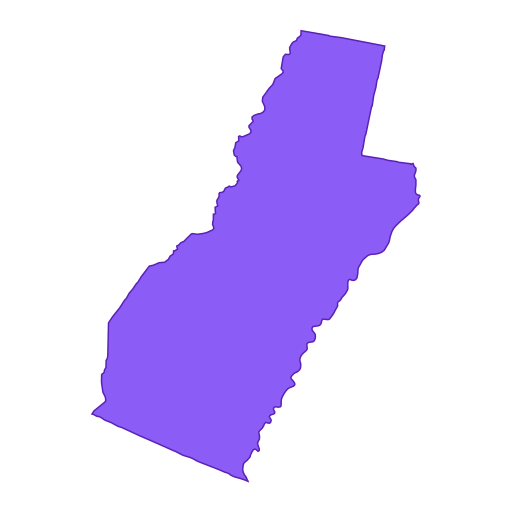 Nueva Concepción, Escuintla, Guatemala (Albers equal-area conic projection)
{"feature_id": "79465075B35747325654374", "entity_name": "Nueva Concepción", "entity_type": "district", "adm_level": 2, "iso_a3": "GTM", "parent_name": "Guatemala", "parent_adm1": "Escuintla", "projection": "albers", "projection_center": [-91.282, 14.129], "detail": "fine", "context": "isolated", "style": "filled", "palette": "violet", "viewbox_px": 512, "rotation_deg": 0, "n_neighbors": 0, "source": "geoboundaries", "source_scale": "gbopen_adm2", "svg_char_len": 6090}
<svg xmlns="http://www.w3.org/2000/svg" viewBox="0 0 512 512"><path d="M416.6,205.4L417.2,204.9L418.0,204.4L418.5,203.9L418.9,203.1L418.8,202.1L418.4,200.9L418.4,200.2L418.4,199.0L418.8,198.2L419.2,197.5L419.7,197.0L420.0,196.3L419.8,195.6L419.3,195.2L418.4,195.1L417.1,194.6L416.2,193.9L415.8,193.3L415.4,192.3L415.4,189.3L415.9,185.1L415.9,182.7L415.9,181.6L415.9,180.9L415.9,179.9L415.5,178.8L415.0,178.1L414.5,177.2L414.4,175.7L414.5,174.8L414.6,174.2L415.1,173.3L415.5,172.2L415.8,170.9L416.0,169.8L416.0,169.0L415.7,167.8L414.9,167.2L414.1,166.3L413.8,165.5L413.1,163.5L412.2,163.6L411.5,164.3L410.8,164.3L410.4,163.7L398.1,162.2L397.0,161.6L387.8,160.3L383.3,159.0L363.3,155.8L361.8,155.1L361.7,152.3L363.1,147.4L364.9,136.5L365.9,134.0L371.4,107.3L372.2,105.9L373.7,95.6L375.9,87.3L377.0,80.1L378.0,78.0L381.7,60.5L382.4,55.0L383.5,51.0L384.2,50.2L384.7,46.0L341.1,37.6L329.6,36.1L328.8,35.5L301.1,30.7L300.9,35.5L297.4,38.1L296.4,40.6L293.3,42.0L291.8,43.6L289.6,47.7L289.8,50.1L290.3,52.9L289.9,53.8L288.8,54.5L285.3,54.3L283.2,56.9L281.2,68.5L283.0,70.9L283.2,72.3L281.8,73.9L275.2,78.5L272.7,84.6L269.1,88.4L264.4,95.0L262.8,97.1L262.3,101.2L264.6,106.2L264.9,109.9L263.0,112.2L260.2,113.7L258.5,113.8L254.0,115.4L252.0,117.1L252.1,119.2L252.9,120.2L253.1,121.5L249.0,125.6L249.0,127.3L250.9,130.4L250.9,132.4L249.4,133.9L242.9,136.7L241.6,136.9L239.8,135.9L238.6,136.5L238.7,140.9L235.7,142.8L235.0,147.3L233.5,150.7L234.2,154.9L235.7,156.4L236.9,156.7L237.3,160.4L237.7,162.4L239.1,163.9L241.1,166.3L241.6,168.7L241.0,170.6L237.4,175.4L237.2,176.3L237.1,177.1L238.7,180.0L238.7,180.7L238.0,180.7L237.2,181.4L237.4,183.1L234.9,185.9L231.0,186.9L229.2,186.1L228.2,186.9L225.4,188.1L223.7,191.4L222.0,192.4L219.7,192.6L219.1,193.5L219.1,196.3L218.3,198.0L216.9,200.3L216.9,202.7L217.8,205.9L215.1,207.3L215.3,211.6L215.6,213.2L214.3,214.3L213.4,214.2L213.3,220.7L212.8,221.4L212.6,224.8L213.3,225.9L213.8,228.6L212.7,229.9L206.4,232.7L203.4,233.4L197.7,234.3L192.2,233.6L191.3,234.0L186.9,238.3L183.9,241.4L180.9,242.7L178.3,245.4L177.0,245.7L176.8,246.7L177.5,248.7L177.1,249.3L174.8,250.8L173.6,250.8L173.4,253.8L170.1,256.2L168.3,259.5L166.6,260.6L164.8,262.2L159.1,262.7L153.4,265.2L149.3,266.1L141.4,276.5L137.7,282.5L136.6,283.3L132.8,289.0L129.2,293.2L126.4,298.3L124.5,300.3L119.8,307.7L112.9,316.3L109.6,321.2L108.5,322.9L107.8,355.7L107.3,358.5L106.1,360.4L106.0,367.3L104.4,370.2L104.3,371.9L103.4,373.2L102.2,373.9L101.6,375.0L101.5,382.3L102.9,392.2L105.3,397.0L105.8,400.7L104.6,402.3L101.0,405.2L94.0,410.9L92.0,414.0L93.6,414.5L96.1,415.9L96.6,416.1L97.4,416.4L98.0,416.5L99.0,416.6L100.3,417.1L101.1,417.6L102.0,418.2L102.8,418.7L104.3,419.8L106.0,420.6L111.0,422.5L113.9,424.1L116.7,425.6L118.3,426.4L119.7,426.9L121.2,427.3L123.3,428.2L125.6,429.3L127.0,429.9L139.5,435.7L149.7,440.1L160.6,444.9L172.9,450.4L176.1,451.7L180.2,453.9L183.1,455.3L186.2,456.3L189.0,457.1L191.8,458.1L194.2,459.4L197.6,461.3L203.7,463.7L219.1,469.7L224.6,472.1L227.5,473.0L228.5,473.5L229.5,474.1L230.6,475.0L231.9,475.7L234.6,476.9L239.8,478.3L244.3,479.8L248.0,481.3L247.8,480.7L247.2,479.7L246.1,477.0L244.6,475.1L243.2,472.2L242.7,469.6L243.0,466.4L243.7,463.4L245.9,461.2L247.2,460.3L250.0,457.0L250.8,454.2L252.3,451.3L253.6,449.5L255.2,449.1L256.5,449.9L257.7,451.1L258.6,451.1L259.3,450.3L259.3,449.1L258.3,446.2L257.5,443.1L258.4,441.1L259.4,439.1L259.5,437.1L259.5,435.9L259.0,433.7L258.8,431.9L259.9,430.4L262.1,428.4L263.5,426.1L264.6,423.5L265.9,422.4L267.9,423.0L269.6,423.2L270.6,422.3L271.1,420.8L271.0,419.5L269.8,417.7L269.3,416.7L270.1,415.4L271.6,414.6L273.7,414.0L274.7,413.1L274.7,411.6L273.6,409.9L273.6,408.2L274.2,407.2L275.4,406.8L277.2,407.0L278.6,407.2L279.5,406.9L280.4,406.8L280.9,406.2L281.1,404.9L281.2,403.7L281.2,401.2L281.3,400.2L281.4,399.3L281.8,398.2L282.1,397.3L282.6,396.3L284.3,393.2L285.7,391.2L286.7,390.0L288.0,388.7L288.8,388.1L290.9,387.2L292.0,386.8L292.9,386.4L293.5,386.2L294.3,385.4L294.8,384.6L294.8,383.8L294.5,383.0L294.1,382.3L293.6,381.5L293.1,380.9L292.3,380.0L291.7,379.4L291.2,378.8L291.0,378.0L291.0,376.9L291.9,375.6L293.3,374.1L294.3,373.3L295.5,372.6L296.4,372.3L297.1,371.9L298.2,371.1L299.1,370.3L299.5,369.8L299.9,369.3L300.3,368.5L300.6,367.1L300.7,366.3L300.7,365.1L300.7,364.1L300.6,363.2L300.3,362.3L300.1,361.7L299.9,360.7L299.9,359.9L299.9,359.2L300.0,358.6L300.2,357.9L300.7,356.6L301.1,355.8L301.7,354.9L302.3,354.1L304.3,352.2L305.2,351.5L305.9,350.8L306.5,350.2L307.1,349.2L307.2,348.5L307.2,347.9L306.9,345.9L306.9,344.6L307.2,343.4L307.7,343.0L308.5,342.5L309.4,342.3L310.5,342.1L311.8,342.0L313.1,341.7L313.8,341.2L314.3,340.6L314.8,339.7L315.2,338.3L315.4,337.1L315.4,336.2L315.2,334.5L314.9,333.8L314.4,333.0L313.7,332.2L313.1,331.4L312.2,330.3L312.1,329.6L312.0,328.6L312.3,327.4L313.1,326.6L314.4,326.4L315.2,326.2L316.3,326.1L317.4,325.9L318.2,325.8L318.8,325.6L319.6,325.3L320.2,324.8L320.8,324.1L321.3,322.8L321.6,321.5L321.8,320.6L322.0,320.0L322.8,319.2L323.6,319.1L324.8,319.3L325.9,319.4L326.8,319.5L327.7,319.6L328.5,319.5L329.3,319.2L329.9,318.6L330.6,317.7L331.4,316.5L332.7,314.9L333.4,313.8L334.0,312.7L335.6,309.6L336.8,307.6L337.6,305.9L337.7,305.3L337.5,304.4L337.5,303.7L337.6,303.0L337.8,302.4L338.3,301.7L339.5,300.9L340.7,299.7L342.0,297.4L343.5,295.8L344.9,294.2L346.0,292.6L347.3,290.3L347.8,289.0L347.9,287.9L347.8,286.4L347.8,284.9L347.8,283.4L347.9,282.0L348.0,281.3L348.6,280.1L349.3,279.6L350.0,279.5L351.0,279.8L352.1,280.3L352.8,280.4L353.5,280.4L354.8,280.1L355.6,279.6L356.1,279.0L356.7,278.3L357.1,277.4L357.3,276.1L357.7,274.1L357.9,272.1L357.9,270.7L358.1,268.9L358.5,267.5L359.3,266.0L360.2,264.5L361.1,262.8L362.4,260.6L363.6,259.2L365.6,257.4L367.2,256.0L368.3,255.3L369.2,254.9L370.6,254.5L372.6,254.2L374.0,254.2L376.0,254.0L377.9,253.6L380.1,252.9L381.8,252.1L382.8,251.4L384.1,250.4L384.9,249.2L388.4,243.3L388.9,242.3L389.5,240.1L390.0,237.4L390.8,234.7L391.7,232.1L392.7,230.0L393.8,228.2L395.6,226.0L397.4,224.3L400.9,220.8L404.2,218.1L408.0,214.8L412.7,210.2L414.4,207.9L415.8,206.5L416.6,205.4Z" fill="#8b5cf6" stroke="#5b21b6" stroke-width="1.5"/></svg>